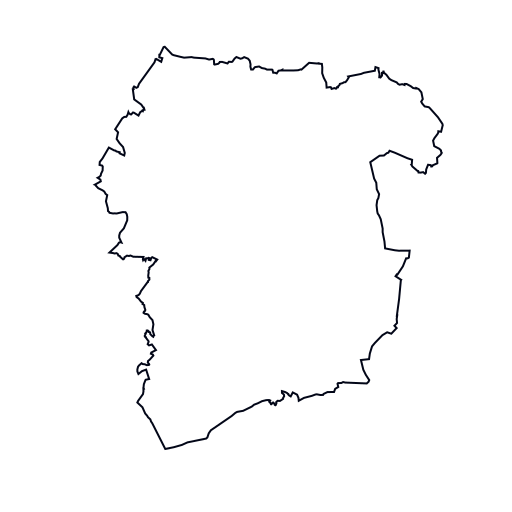 outline of Tarímbaro, Michoacán, Mexico, rotated 278°
{"feature_id": "50627088B67720423022002", "entity_name": "Tarímbaro", "entity_type": "district", "adm_level": 2, "iso_a3": "MEX", "parent_name": "Mexico", "parent_adm1": "Michoacán", "projection": "robinson", "projection_center": [-101.153, 19.816], "detail": "fine", "context": "isolated", "style": "outline", "palette": "ink", "viewbox_px": 512, "rotation_deg": 278, "n_neighbors": 0, "source": "geoboundaries", "source_scale": "gbopen_adm2", "svg_char_len": 6112}
<svg xmlns="http://www.w3.org/2000/svg" viewBox="0 0 512 512"><g transform="rotate(278 256 256)"><path d="M441.9,298.3L446.2,296.1L452.0,295.4L455.4,294.5L455.2,291.2L455.6,291.1L455.1,289.5L454.7,281.7L446.9,275.1L447.0,274.3L445.8,271.8L444.9,267.1L443.4,256.1L444.1,256.1L443.2,254.7L442.6,252.5L439.7,251.1L440.1,249.3L439.9,247.5L442.6,246.4L442.8,246.0L442.1,241.0L442.8,238.8L442.9,235.7L444.1,232.7L443.0,229.0L442.7,228.5L440.2,227.0L440.0,225.2L442.7,224.1L445.1,223.9L448.5,222.6L450.3,220.6L451.3,216.6L449.9,214.9L449.2,213.2L450.3,208.9L448.5,207.3L445.2,205.6L444.8,205.0L444.6,202.1L442.7,201.0L443.5,195.4L443.1,193.1L442.2,192.8L441.0,191.7L439.8,188.4L440.0,187.9L444.3,187.0L444.9,186.5L445.2,185.7L444.0,182.2L444.6,178.4L443.8,166.9L444.0,164.5L442.4,157.2L442.7,153.5L443.4,146.7L443.8,145.0L450.5,136.5L450.0,135.4L441.7,132.7L441.7,132.3L439.3,132.6L438.9,135.7L435.1,135.1L437.2,130.0L436.6,129.6L436.8,129.1L433.6,128.5L410.3,116.2L406.8,115.4L405.9,114.1L406.9,111.7L405.8,111.1L404.2,111.6L404.0,110.8L394.1,113.6L390.0,121.3L387.1,124.0L387.2,124.3L385.3,125.2L385.0,124.1L384.7,123.7L384.5,124.0L383.6,123.8L383.9,123.1L382.3,121.3L378.7,120.1L380.9,115.2L381.0,114.2L378.8,112.7L378.8,111.9L379.9,110.1L380.7,109.6L378.1,109.2L375.8,108.2L375.4,106.2L373.7,104.4L361.9,98.9L359.3,102.2L352.5,101.7L348.6,105.3L345.4,109.2L339.8,111.7L337.2,111.5L338.7,106.6L339.8,106.6L340.1,103.2L340.8,102.2L340.8,100.9L342.9,95.2L331.2,90.4L327.4,88.2L324.4,88.4L324.1,91.1L323.2,91.8L319.3,92.2L315.9,91.1L314.0,91.0L312.5,89.8L311.4,88.3L310.0,91.3L308.3,91.9L304.2,86.5L303.9,87.5L303.3,87.7L301.2,90.3L299.7,94.9L298.7,96.8L296.5,98.5L295.6,100.2L289.3,99.8L282.7,102.6L279.9,103.2L279.2,104.4L278.4,104.9L278.2,108.6L278.5,109.6L278.7,112.1L280.9,117.8L281.2,120.7L279.4,122.2L276.8,123.1L273.4,123.5L265.0,121.3L260.1,118.1L257.3,117.7L255.1,118.0L250.6,120.9L250.8,119.6L250.1,118.4L247.6,117.3L239.0,110.4L239.0,114.1L238.8,115.6L239.4,117.5L238.8,118.8L237.3,119.6L237.1,121.0L236.7,121.1L234.2,124.7L234.3,125.2L235.1,125.8L236.4,125.9L238.4,128.2L238.3,130.2L239.0,131.6L238.2,134.6L239.4,144.7L237.1,144.4L236.2,144.8L237.5,145.5L235.9,147.2L238.4,147.5L238.7,148.8L238.4,149.6L239.2,150.0L239.0,151.0L237.2,150.6L237.1,152.1L239.3,152.5L240.4,153.4L238.7,158.7L236.8,157.6L237.0,157.2L233.3,155.4L229.7,152.0L228.3,152.3L226.2,151.5L224.7,152.0L221.7,152.0L219.6,152.4L219.5,153.4L217.8,153.7L216.0,152.5L215.1,152.6L214.9,152.2L205.3,147.0L202.5,146.2L200.9,145.1L199.8,143.0L198.7,143.5L197.5,145.8L194.9,148.4L193.8,150.5L192.7,150.3L191.9,152.1L189.9,152.6L187.2,153.9L186.3,153.8L185.6,153.0L184.5,152.5L184.0,152.6L183.3,154.2L183.3,156.1L182.9,157.5L180.6,159.3L178.1,162.4L174.1,163.9L168.3,163.8L163.3,166.2L163.0,165.8L161.7,165.5L162.1,164.6L163.9,162.2L165.6,161.8L165.8,160.4L166.4,160.3L167.2,159.1L167.0,158.2L165.8,158.3L164.0,157.2L163.8,157.6L161.3,156.9L160.5,157.4L160.2,158.4L159.6,158.5L156.7,161.4L156.1,161.6L153.6,161.0L152.6,162.5L153.9,165.2L148.9,170.0L145.8,165.7L144.6,165.5L144.0,167.6L143.1,168.2L138.5,165.1L137.0,163.7L135.4,163.7L134.2,165.1L133.6,165.4L133.2,165.1L132.7,163.0L133.3,161.0L133.2,158.8L133.9,157.6L131.2,155.3L129.9,154.6L127.2,154.3L125.2,154.6L122.8,156.0L126.1,159.1L128.2,163.0L119.3,167.3L118.1,164.0L117.7,163.8L113.5,162.8L110.0,162.9L109.2,163.3L109.2,162.9L106.3,163.4L103.5,163.3L96.1,159.4L94.4,158.9L90.4,164.6L84.6,168.2L82.7,170.4L81.3,171.5L79.5,174.1L77.5,175.1L76.0,176.5L52.3,193.0L55.2,201.2L58.6,208.9L61.9,214.1L68.3,232.1L69.6,233.1L73.9,233.9L77.2,235.6L94.1,254.1L97.8,257.4L99.0,259.0L100.9,264.8L106.3,272.8L108.5,274.8L110.4,278.3L113.1,282.2L114.7,286.2L115.2,289.0L114.9,290.1L113.5,289.4L112.8,290.2L112.8,290.7L111.3,291.5L111.3,291.8L113.3,293.3L112.6,294.4L111.2,295.3L110.9,295.9L111.2,296.3L113.0,296.7L114.0,296.3L115.6,297.5L115.8,299.9L118.3,302.7L119.2,302.6L121.1,303.4L122.7,302.9L124.0,300.8L125.8,300.5L125.3,304.0L124.5,306.1L123.8,306.8L123.8,307.2L123.2,307.4L122.5,308.3L121.8,309.9L126.0,311.4L124.4,316.0L121.4,317.8L118.6,318.5L122.2,323.3L125.3,330.8L127.1,334.1L127.5,335.4L127.3,339.2L127.8,341.8L128.8,342.1L131.2,345.7L132.2,352.2L135.5,352.9L137.7,355.7L140.8,354.5L141.6,355.0L142.1,358.2L143.3,359.8L143.1,362.1L145.2,383.4L147.2,385.0L148.9,385.4L153.6,381.3L158.3,378.1L167.6,374.4L169.6,382.3L175.3,382.3L182.7,383.5L186.4,385.8L195.2,392.2L198.7,396.5L197.9,400.8L204.2,405.3L206.2,402.8L209.3,405.0L213.1,404.1L216.7,404.1L216.6,403.8L233.2,403.7L252.3,402.8L252.6,403.0L255.4,397.0L257.4,398.0L257.2,398.6L266.2,402.9L274.6,405.0L274.8,406.5L275.7,407.6L282.7,407.4L281.1,396.6L281.0,392.7L281.5,382.8L288.2,381.2L297.2,378.1L300.8,377.6L309.8,374.4L313.4,372.1L315.0,370.6L317.2,369.8L323.1,368.3L328.2,368.3L330.3,369.1L334.4,369.3L338.9,366.3L345.3,364.9L349.1,362.2L364.8,356.1L372.5,364.4L373.3,368.7L376.1,371.3L376.7,372.7L378.8,373.6L377.6,379.1L373.9,392.3L373.0,397.2L368.0,397.5L367.9,397.2L366.4,398.4L362.7,404.1L362.7,404.8L361.3,405.3L361.5,407.4L362.3,409.9L361.0,412.0L362.0,412.7L365.4,412.5L370.3,413.7L370.3,416.4L369.0,417.1L369.3,418.0L370.5,418.5L372.9,422.5L373.2,422.7L378.4,421.6L381.7,424.5L383.6,425.5L384.3,425.5L384.9,424.8L386.3,424.5L387.7,422.6L389.6,417.2L394.9,415.3L397.6,416.3L402.3,418.9L403.6,419.3L404.9,419.2L404.8,422.0L411.5,422.7L412.8,422.2L418.7,416.9L426.5,407.7L427.4,406.4L427.6,402.2L430.1,399.4L431.8,398.1L434.6,399.3L441.1,397.0L443.9,393.9L444.7,391.2L444.1,391.1L444.2,388.2L445.7,385.6L447.3,381.2L447.1,379.3L446.0,379.3L446.5,376.9L445.6,374.3L446.2,372.7L447.5,371.2L449.0,365.6L450.1,363.3L453.6,359.9L455.3,357.2L457.2,356.4L454.8,356.3L454.8,355.3L452.1,355.7L451.6,355.1L450.4,354.7L450.1,354.3L450.3,354.1L450.2,353.2L453.4,353.0L457.6,351.3L459.1,351.2L459.7,348.0L456.0,347.9L452.4,337.3L450.9,334.7L446.6,322.3L445.8,323.0L442.7,321.7L440.6,320.4L440.3,319.0L439.2,317.6L438.1,315.1L436.7,314.8L435.5,313.7L434.5,313.7L434.4,312.6L433.1,312.3L432.8,311.9L433.2,310.3L432.0,307.6L433.5,306.7L433.6,305.9L432.6,302.5L437.6,301.4L441.9,298.3Z" fill="none" stroke="#020617" stroke-width="2"/></g></svg>